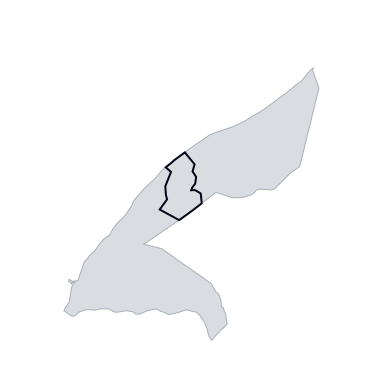 Galguduud highlighted on a map of Somalia, rotated 194°
{"feature_id": "SOM-2408", "entity_name": "Galguduud", "entity_type": "Region", "adm_level": 1, "iso_a3": "SOM", "parent_name": "Somalia", "parent_adm1": "", "projection": "natural_earth1", "projection_center": [46.568, 5.004], "detail": "fine", "context": "in_parent", "style": "outline", "palette": "ink", "viewbox_px": 384, "rotation_deg": 194, "n_neighbors": 0, "source": "natural_earth", "source_scale": "10m", "svg_char_len": 2927}
<svg xmlns="http://www.w3.org/2000/svg" viewBox="0 0 384 384"><g transform="rotate(194 192 192)"><path d="M104.5,339.8L104.2,338.9L102.4,336.3L99.1,331.2L96.5,327.5L94.0,323.6L93.9,320.5L93.9,311.3L93.8,292.9L93.8,274.4L93.7,256.0L93.7,246.8L93.7,243.0L94.0,242.4L96.9,239.0L100.9,234.6L106.0,226.1L108.8,221.4L111.1,217.6L111.7,216.4L113.8,214.1L117.6,212.7L120.0,212.5L128.3,210.7L129.5,210.0L130.2,209.2L130.9,207.4L132.5,204.8L134.6,203.0L138.5,200.7L142.4,198.7L143.2,198.4L147.9,197.2L149.0,196.7L150.9,196.3L151.6,196.3L158.1,196.7L163.1,197.1L168.3,197.4L168.9,197.1L172.5,192.6L178.3,185.3L182.0,180.6L187.6,173.4L192.0,168.2L196.9,162.5L201.6,157.2L207.2,150.9L210.8,146.9L216.3,140.7L221.5,134.9L226.2,129.7L219.8,129.7L213.5,129.7L207.3,129.7L206.2,129.0L201.0,127.0L194.5,124.5L186.3,121.3L180.5,119.0L174.3,116.7L168.1,114.3L163.1,112.4L157.0,110.0L151.7,108.0L150.9,107.5L148.0,104.4L144.1,100.3L143.4,100.2L141.5,99.4L139.9,97.2L138.1,94.4L136.6,90.8L135.9,88.4L133.8,87.4L132.7,85.5L130.8,82.7L129.5,81.4L129.0,80.2L128.4,77.7L127.3,75.0L126.3,73.4L126.0,72.7L126.1,72.2L128.1,68.6L128.9,67.3L129.9,66.0L130.8,64.8L131.1,63.9L133.5,59.7L135.6,55.9L137.2,53.0L140.8,56.3L144.4,63.1L148.5,68.6L154.3,73.8L156.6,75.5L158.6,76.4L169.0,76.3L176.5,71.6L183.2,68.2L185.5,67.5L189.4,68.4L193.7,68.7L197.6,69.7L199.5,69.5L207.2,65.6L212.0,61.7L215.3,60.1L216.6,60.1L221.1,61.5L226.9,60.9L234.7,57.6L237.3,56.9L239.2,56.9L243.5,58.3L244.1,58.3L246.5,58.0L252.6,56.4L257.3,54.0L266.1,52.3L272.8,48.0L274.0,45.9L276.0,43.2L278.9,42.4L286.4,45.5L287.6,45.7L287.2,47.6L286.9,49.5L285.4,52.9L284.4,56.6L285.2,62.2L285.6,71.4L285.4,72.8L284.9,74.1L284.7,75.1L283.9,75.5L283.5,76.1L284.1,76.3L286.5,75.3L286.4,74.2L286.6,73.7L288.5,74.9L289.9,75.4L290.3,76.6L290.2,77.4L288.0,77.0L286.9,76.4L283.6,77.4L281.6,78.5L281.0,80.3L280.6,87.5L279.9,92.2L279.7,98.3L277.1,102.4L276.2,105.3L272.3,111.1L270.3,116.0L269.6,118.4L266.2,125.2L261.5,130.4L259.8,137.0L258.1,141.2L256.2,145.0L252.0,151.7L249.9,156.3L247.2,164.4L246.4,169.6L238.9,184.4L231.0,196.3L226.2,206.2L217.4,217.8L205.5,232.7L189.8,250.4L185.6,254.1L168.5,265.0L157.3,274.1L151.7,280.4L145.7,285.8L141.0,291.0L126.7,308.4L125.2,310.0L123.9,311.6L122.1,314.5L120.8,315.7L117.4,320.7L115.3,323.3L112.9,325.8L111.9,327.6L111.1,329.7L110.4,330.9L108.2,335.8L106.3,339.1L104.4,341.6L104.5,339.8Z" fill="#d9dde1" stroke="#a8b0b8" stroke-width="1"/><path d="M179.8,183.4L181.6,181.1L183.6,178.6L185.6,176.0L187.7,173.4L188.8,172.1L190.0,170.7L191.1,169.3L192.3,168.0L193.4,166.6L194.6,165.2L195.7,163.9L196.9,162.5L197.7,161.6L204.8,163.5L211.9,165.3L219.1,167.2L214.4,178.8L216.6,182.8L219.3,191.1L217.2,206.4L223.5,209.6L218.7,215.8L217.0,218.5L214.1,221.9L211.7,224.9L208.5,228.7L208.4,228.6L196.2,219.5L196.4,212.1L191.7,207.7L190.9,200.9L192.8,196.5L193.2,193.5L189.6,194.6L183.4,192.8L182.6,191.1L179.8,183.4Z" fill="none" stroke="#020617" stroke-width="2"/></g></svg>